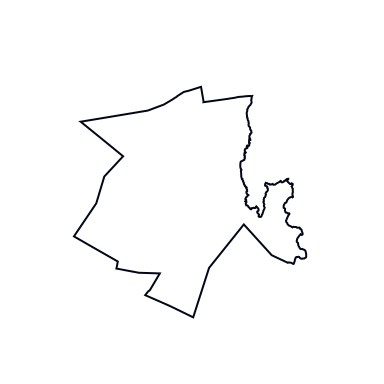 outline of Lefaga & Faleseela, A'ana, Samoa, rotated 208°
{"feature_id": "51752279B23927704068678", "entity_name": "Lefaga & Faleseela", "entity_type": "district", "adm_level": 2, "iso_a3": "WSM", "parent_name": "Samoa", "parent_adm1": "A'ana", "projection": "robinson", "projection_center": [-171.973, -13.928], "detail": "fine", "context": "isolated", "style": "outline", "palette": "ink", "viewbox_px": 384, "rotation_deg": 208, "n_neighbors": 0, "source": "geoboundaries", "source_scale": "gbopen_adm2", "svg_char_len": 4471}
<svg xmlns="http://www.w3.org/2000/svg" viewBox="0 0 384 384"><g transform="rotate(208 192 192)"><path d="M184.9,79.0L182.7,79.1L171.2,80.0L157.3,81.0L132.1,81.9L141.3,133.0L131.0,187.7L126.3,186.0L91.9,173.6L74.2,174.5L74.0,175.0L73.0,175.3L72.5,175.7L70.9,176.1L68.8,176.0L68.5,176.3L68.8,178.8L69.2,180.2L69.5,180.8L69.4,181.9L69.7,182.8L69.1,183.7L68.1,184.3L67.5,184.9L67.0,185.0L65.6,184.4L64.8,184.3L64.0,184.5L61.6,186.1L60.9,187.3L60.7,188.0L60.9,188.7L62.2,191.0L63.7,192.8L64.5,193.4L65.6,193.7L66.1,193.5L67.8,193.5L68.8,192.8L69.7,192.7L70.2,192.9L72.5,194.3L73.2,194.9L73.9,196.0L74.5,196.8L75.6,197.0L76.3,197.4L76.6,198.1L77.2,200.3L76.8,203.4L76.3,205.7L75.3,205.5L74.8,205.7L74.5,206.7L75.0,207.5L76.3,208.6L77.5,210.0L78.0,210.3L79.4,210.3L79.9,210.9L80.5,211.0L81.4,210.3L82.7,209.8L83.6,210.0L84.7,209.4L86.3,208.8L86.8,207.9L88.6,208.1L90.7,207.9L92.5,208.4L93.3,209.2L94.7,209.8L95.4,210.6L95.5,211.1L95.8,213.9L95.9,216.5L95.7,218.4L96.2,218.8L97.3,218.1L98.5,218.3L99.5,217.9L100.2,218.2L101.4,219.5L101.8,220.7L102.1,221.0L103.7,221.1L104.7,223.1L104.8,225.5L104.6,226.1L103.8,227.1L104.0,228.5L104.1,229.5L103.8,231.3L103.4,232.6L101.9,234.3L101.3,234.7L100.8,234.5L100.5,235.1L100.9,235.6L101.6,236.1L102.7,238.0L102.8,239.2L103.7,240.5L104.5,242.2L105.2,242.5L105.9,243.2L106.6,243.6L106.4,245.6L107.0,246.5L108.2,246.4L108.3,245.6L109.1,245.1L110.0,245.3L112.0,245.9L113.1,246.5L113.4,247.4L113.0,248.4L113.2,248.8L114.3,248.0L114.5,247.5L114.3,247.1L114.5,246.2L115.1,246.2L115.5,245.1L115.9,244.7L115.8,244.2L116.7,243.0L117.5,242.6L118.7,243.4L119.0,243.4L119.6,241.8L121.2,239.5L122.2,237.4L123.8,236.6L124.5,236.5L124.7,236.8L125.3,236.0L125.9,235.9L126.4,235.2L126.9,235.1L127.6,235.4L128.5,234.9L129.9,235.1L130.3,234.7L131.1,234.8L131.2,233.7L130.7,232.2L130.2,231.9L129.3,232.1L128.2,232.1L127.6,231.0L126.9,230.9L126.0,229.5L125.8,228.9L126.0,227.4L126.4,226.7L126.4,226.0L126.2,224.9L125.5,224.4L125.1,221.9L125.6,220.6L125.1,218.9L124.5,218.1L124.4,217.2L124.1,217.2L123.9,216.2L122.4,215.1L122.1,213.6L121.8,213.2L120.5,212.4L120.2,210.9L120.2,209.1L119.8,207.8L119.7,206.6L119.4,205.3L119.6,204.7L119.3,203.2L119.4,202.5L120.1,201.9L121.4,201.6L121.9,201.9L122.0,202.9L122.3,203.6L124.6,204.4L125.1,205.0L125.2,205.5L124.6,206.5L124.6,207.0L125.1,208.0L126.7,208.9L127.7,209.3L128.5,209.5L128.7,208.8L128.5,207.7L128.8,207.4L130.5,206.8L131.0,206.2L131.7,205.7L131.6,204.8L131.8,204.4L132.7,204.4L133.9,205.1L134.8,205.1L135.6,205.8L137.1,206.1L137.8,205.7L138.9,206.7L139.4,207.5L139.1,208.2L139.2,208.7L139.7,209.1L140.6,209.0L140.3,210.3L140.7,210.7L141.6,210.8L141.8,212.7L141.2,213.8L141.1,215.0L140.8,215.7L142.1,215.9L143.6,216.8L144.1,218.0L143.7,218.5L143.7,218.8L144.8,220.2L145.5,220.6L145.8,221.5L146.4,221.3L146.9,221.9L147.2,221.7L148.3,222.3L148.4,222.7L149.4,223.0L150.1,223.6L150.2,224.2L151.8,225.2L151.8,225.6L152.9,226.4L153.6,226.6L153.7,227.1L154.1,227.0L154.3,227.4L154.8,227.7L155.7,228.7L157.8,232.3L158.8,233.6L158.7,234.7L159.1,234.8L159.7,235.5L160.3,235.8L161.3,237.1L162.7,239.9L163.2,241.6L162.9,242.2L161.8,243.6L161.6,244.3L160.9,245.0L161.2,245.9L161.2,246.8L161.7,247.1L162.0,248.5L162.8,248.6L163.1,248.9L163.7,250.4L163.2,250.8L163.1,252.2L163.6,252.3L163.6,251.7L164.0,251.5L164.3,252.8L165.1,253.6L165.3,254.7L164.6,256.0L163.9,256.6L163.8,257.1L164.1,257.7L165.0,257.8L165.2,258.7L165.0,259.0L164.0,258.9L163.5,259.4L163.4,260.1L164.0,261.4L164.0,262.3L164.8,262.2L165.7,264.2L165.1,265.0L165.8,265.3L165.3,265.8L165.8,266.5L166.5,266.3L167.6,268.3L167.7,269.0L167.5,270.2L167.9,270.5L167.3,272.1L167.5,272.7L167.9,273.0L168.5,273.9L169.9,274.5L171.1,276.3L172.9,276.9L173.8,278.1L174.1,279.5L175.0,280.2L175.5,281.2L176.5,281.7L177.2,282.5L177.6,283.4L178.1,283.5L178.9,284.4L179.6,285.8L180.0,286.1L180.5,286.9L181.0,288.0L181.2,289.3L181.6,290.3L182.0,290.8L181.9,292.6L182.1,293.9L181.4,296.0L181.3,298.6L181.6,299.5L182.1,300.0L183.0,301.1L183.2,302.5L183.7,303.1L184.0,305.0L184.6,304.5L185.9,304.0L190.1,301.4L192.1,299.9L193.2,299.3L195.8,297.6L199.2,294.7L201.6,293.0L203.4,291.6L207.5,288.6L224.0,276.7L224.1,277.1L233.4,289.1L242.3,280.0L246.0,276.7L246.4,276.2L250.0,269.8L250.6,268.2L251.4,267.0L252.7,264.5L257.9,256.0L269.2,243.2L301.7,218.3L323.3,201.8L298.2,196.9L269.6,191.2L276.7,164.5L271.2,137.0L275.4,97.4L258.1,96.8L224.9,95.8L224.1,93.3L222.8,88.9L201.1,95.7L182.2,105.0L183.1,85.7L184.1,83.4L184.9,79.0Z" fill="none" stroke="#020617" stroke-width="2"/></g></svg>